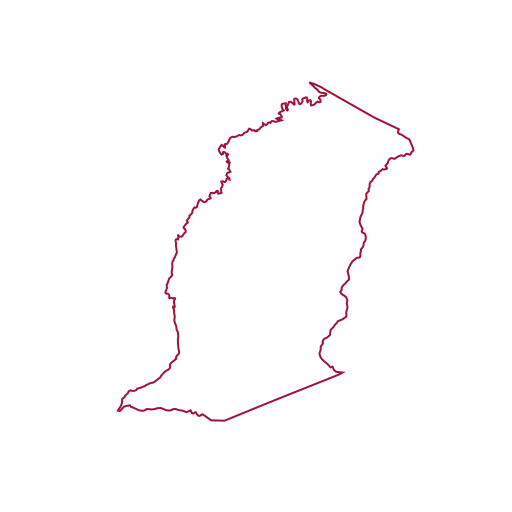 outline of Siquirres, Limón, Costa Rica, rotated 338°
{"feature_id": "36466004B47231661736374", "entity_name": "Siquirres", "entity_type": "district", "adm_level": 2, "iso_a3": "CRI", "parent_name": "Costa Rica", "parent_adm1": "Limón", "projection": "orthographic", "projection_center": [-83.503, 10.148], "detail": "fine", "context": "isolated", "style": "outline", "palette": "rose", "viewbox_px": 512, "rotation_deg": 338, "n_neighbors": 0, "source": "geoboundaries", "source_scale": "gbopen_adm2", "svg_char_len": 6121}
<svg xmlns="http://www.w3.org/2000/svg" viewBox="0 0 512 512"><g transform="rotate(338 256 256)"><path d="M436.0,192.0L417.6,172.0L382.6,127.9L379.6,123.8L374.2,118.1L370.4,115.0L373.3,120.9L373.6,122.1L374.9,124.2L376.2,127.9L378.1,129.4L379.6,130.0L382.0,131.9L381.7,132.7L381.0,133.1L379.2,133.0L376.5,131.9L374.7,132.1L373.9,132.5L373.5,133.3L374.1,134.8L374.1,136.3L373.6,137.2L372.3,137.2L370.9,135.9L369.4,136.2L367.0,137.4L365.3,137.4L363.5,137.0L363.7,135.3L364.9,133.5L364.9,132.2L364.7,131.8L363.6,131.8L362.9,131.9L361.7,132.8L361.4,132.8L361.4,131.7L362.4,129.4L362.4,128.0L361.8,127.6L358.1,127.6L357.5,128.1L357.2,129.9L356.4,130.7L354.3,131.8L353.6,131.8L353.0,131.0L353.2,127.3L352.7,125.5L351.5,124.7L350.4,124.7L350.0,125.1L348.8,129.5L348.3,130.0L347.6,129.2L347.5,128.6L346.2,126.2L344.4,125.5L340.4,129.6L340.4,132.0L339.9,132.8L339.6,132.9L339.1,132.3L339.1,130.7L340.1,126.9L340.9,125.6L337.3,124.7L336.4,125.5L335.6,127.8L335.7,129.8L336.3,130.9L336.3,131.5L332.0,131.6L330.4,132.3L330.4,132.6L331.3,133.1L331.9,134.2L332.1,136.5L331.8,137.2L328.3,136.2L326.4,136.3L326.7,136.8L330.0,139.1L330.5,139.7L324.8,139.0L324.1,138.8L322.5,137.4L320.8,136.8L319.3,138.0L318.1,137.0L317.7,137.0L316.6,137.4L315.8,138.1L314.1,138.4L312.2,135.5L311.1,138.1L308.5,138.6L306.4,139.8L304.2,139.8L303.8,140.1L303.7,140.6L301.9,140.0L301.5,138.6L299.4,138.2L298.3,136.0L297.4,135.4L294.5,137.4L291.4,137.5L288.8,138.7L286.8,138.4L285.9,137.6L284.4,137.6L283.4,137.9L280.8,137.6L279.8,137.3L278.7,136.5L276.1,137.0L274.2,138.6L274.0,139.1L271.2,141.2L270.3,141.2L269.7,140.7L268.8,140.7L268.6,141.0L268.4,142.9L267.8,143.8L265.8,140.1L263.6,141.3L261.3,143.4L261.2,145.1L261.5,147.5L262.2,149.2L263.7,149.0L264.2,147.4L265.4,147.6L265.8,148.0L266.5,149.8L267.7,150.4L268.3,151.3L267.6,151.8L267.0,150.7L266.4,151.1L266.1,151.9L265.9,153.6L266.5,156.9L264.3,157.4L264.5,158.6L266.4,159.0L266.7,159.5L265.6,160.7L264.6,162.8L262.8,164.6L263.5,165.4L263.8,168.4L260.7,168.2L258.8,169.9L259.3,171.9L260.4,174.0L260.2,175.3L259.8,175.0L259.7,174.0L259.3,173.2L257.7,173.5L256.6,174.9L254.9,175.8L254.4,175.6L253.3,174.3L251.7,174.0L251.5,175.5L251.9,177.2L250.8,179.0L249.5,179.6L248.9,180.3L247.9,183.0L247.6,184.6L245.1,184.3L244.3,184.0L244.2,183.1L245.0,181.7L244.9,181.2L243.6,181.1L242.5,181.7L240.8,182.1L238.9,181.0L237.7,180.6L235.2,183.1L235.6,184.6L235.5,185.5L232.2,185.5L231.4,185.9L230.7,186.7L228.5,186.9L227.5,186.1L225.5,182.7L224.2,183.1L221.9,185.3L219.6,188.4L217.8,188.6L217.1,187.9L215.7,188.8L214.2,190.1L213.1,191.9L212.0,192.8L209.4,193.7L208.9,195.1L205.2,197.2L205.3,199.4L203.4,199.9L199.8,202.0L199.5,202.4L199.5,203.2L200.2,204.4L200.3,205.8L199.8,207.2L199.4,207.7L198.0,208.0L194.8,210.2L192.8,209.7L192.1,208.8L191.8,207.8L191.5,207.7L190.7,210.1L189.9,211.4L188.9,210.7L187.8,210.7L187.5,211.1L187.0,212.1L186.5,215.0L185.7,216.3L183.9,223.3L182.4,224.5L180.4,226.7L178.6,227.9L177.8,229.3L177.4,229.5L176.8,229.5L175.5,231.5L174.5,234.7L171.5,239.9L171.4,241.5L171.1,242.5L166.9,244.5L164.3,247.6L162.3,249.5L161.4,252.4L158.4,255.7L158.3,256.5L158.6,257.1L160.3,258.1L160.8,259.4L160.7,260.5L159.9,262.1L159.9,262.7L160.2,263.0L161.7,263.0L162.9,264.0L164.8,264.5L165.0,265.3L164.6,265.8L163.8,266.2L162.6,267.8L161.7,272.6L161.0,273.1L160.4,272.9L160.0,272.2L159.8,272.6L159.8,275.4L158.6,278.8L158.1,281.3L156.4,284.6L155.8,286.3L155.7,291.3L154.8,294.8L155.0,297.5L153.9,301.3L152.3,304.1L150.8,308.1L149.4,313.0L148.6,317.1L147.1,318.2L145.0,318.9L143.7,320.4L143.9,320.6L143.6,321.3L143.1,321.6L139.5,322.6L136.1,323.9L135.2,325.1L135.1,326.2L134.3,327.5L132.4,328.5L129.1,328.9L127.2,329.5L123.5,331.3L121.9,332.6L116.2,334.3L113.5,334.9L111.0,334.3L109.7,334.3L105.4,334.6L104.3,335.0L102.0,334.8L99.0,334.9L96.2,334.4L94.8,335.5L92.0,335.3L90.4,334.5L89.3,333.5L87.4,333.8L86.8,334.1L86.1,335.1L84.2,335.7L83.4,336.2L82.3,336.4L81.5,337.5L78.4,338.5L76.7,342.1L75.7,343.1L75.1,344.1L70.0,347.6L71.4,348.6L72.7,348.6L73.7,347.9L77.1,346.3L79.2,346.4L83.2,347.2L83.6,349.0L85.1,350.1L85.4,350.7L88.0,353.3L89.0,354.7L92.1,356.7L94.2,357.4L95.9,357.4L97.1,356.9L100.7,358.5L101.5,359.2L105.4,360.1L107.3,360.1L110.9,361.3L114.7,365.1L115.7,365.8L118.7,367.1L120.2,367.3L120.8,366.9L121.5,366.9L124.1,367.7L126.7,370.0L130.0,371.9L133.1,374.8L137.5,374.6L137.7,377.1L138.3,378.2L139.1,378.6L140.2,378.2L141.6,378.2L142.1,381.1L142.8,382.6L143.4,383.0L145.4,383.1L145.7,382.7L147.3,382.9L152.9,391.6L165.1,396.9L214.7,396.7L288.2,397.0L292.6,396.5L287.1,393.5L286.5,392.7L285.6,390.9L285.5,387.2L283.6,387.3L283.2,386.8L281.7,382.6L279.6,379.0L278.5,376.4L277.9,373.3L278.2,370.6L278.8,369.5L280.8,367.3L281.9,364.6L282.5,363.9L285.2,362.3L285.7,360.2L287.1,359.0L288.3,358.4L291.2,358.2L294.5,357.2L295.5,356.4L296.0,355.0L297.5,352.5L301.6,350.7L303.3,349.4L305.9,348.3L307.1,347.2L312.2,347.1L317.0,346.1L318.0,343.9L318.5,342.0L321.6,338.0L322.5,333.7L324.1,331.4L324.2,329.4L324.0,327.7L323.6,326.8L321.2,323.4L320.5,321.1L322.9,319.2L323.3,317.9L324.5,316.7L326.0,315.8L328.5,314.9L330.5,313.8L333.5,312.7L334.5,309.4L335.1,304.5L338.9,300.5L342.5,297.7L344.7,296.6L346.2,296.4L347.6,295.7L348.8,295.6L351.8,296.1L352.7,295.1L354.4,291.4L355.0,291.0L355.9,289.1L358.4,287.7L359.7,286.4L360.8,284.2L362.8,282.9L364.1,281.4L365.1,278.9L365.3,276.4L364.8,275.5L363.4,274.1L363.1,273.0L364.6,271.3L364.9,270.6L364.6,267.1L364.6,263.8L364.9,262.9L367.6,258.8L370.9,255.9L371.9,253.8L373.4,251.9L373.4,251.2L374.1,249.9L376.2,246.9L377.8,245.5L379.8,244.5L381.5,239.6L385.0,238.0L385.4,236.1L387.2,234.6L388.3,231.9L389.6,230.4L391.8,229.8L393.2,228.5L395.1,227.7L397.6,225.8L398.5,225.5L400.4,225.6L401.3,224.0L403.4,223.8L405.9,222.9L406.7,223.5L409.4,224.3L410.4,223.7L409.8,220.8L413.0,219.1L415.2,216.6L417.0,215.9L418.4,216.0L421.0,217.9L424.8,217.0L428.2,217.0L430.2,218.5L431.4,218.7L433.0,217.7L433.6,217.7L435.1,218.2L436.1,219.4L436.8,219.8L437.4,219.6L438.2,218.7L439.7,217.7L441.2,217.3L441.7,216.6L442.0,214.6L441.9,205.7L441.5,204.7L440.0,203.3L436.1,197.7L434.4,196.3L433.9,194.9L435.0,192.8L436.0,192.0Z" fill="none" stroke="#9f1239" stroke-width="2"/></g></svg>